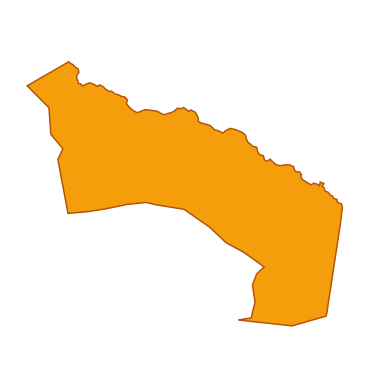 Capitão de Campos, Piauí, Brazil (Mercator projection), rotated 351°
{"feature_id": "56859067B28975219181336", "entity_name": "Capitão de Campos", "entity_type": "district", "adm_level": 2, "iso_a3": "BRA", "parent_name": "Brazil", "parent_adm1": "Piauí", "projection": "mercator", "projection_center": [-41.893, -4.526], "detail": "fine", "context": "isolated", "style": "filled", "palette": "amber", "viewbox_px": 384, "rotation_deg": 351, "n_neighbors": 0, "source": "geoboundaries", "source_scale": "gbopen_adm2", "svg_char_len": 1812}
<svg xmlns="http://www.w3.org/2000/svg" viewBox="0 0 384 384"><g transform="rotate(351 192 192)"><path d="M61.6,112.9L71.3,129.1L64.7,138.7L65.1,158.1L65.9,182.9L66.1,193.7L84.3,195.0L102.7,195.2L116.0,194.6L118.5,194.5L124.8,194.1L144.9,195.1L154.6,199.0L181.5,207.9L191.2,217.3L204.0,229.6L217.9,247.6L233.4,259.4L244.0,269.8L251.5,277.3L243.0,283.1L237.2,293.2L237.0,310.8L230.7,325.6L217.6,325.6L231.7,329.5L269.9,339.9L290.6,337.3L298.5,336.4L305.0,335.6L306.2,332.7L333.2,247.8L338.2,230.5L337.7,227.1L333.9,224.8L334.1,222.1L330.9,220.5L330.1,218.0L327.6,216.2L326.5,213.6L323.3,211.7L323.3,208.8L321.4,206.8L323.6,204.2L320.3,202.3L318.8,205.7L316.3,203.6L313.6,202.3L310.8,203.6L307.8,201.2L303.5,197.5L301.8,194.7L302.8,191.8L301.2,188.9L297.8,188.3L296.6,185.9L296.3,182.9L292.2,180.3L287.2,179.7L283.2,179.9L279.5,178.3L276.5,175.0L274.4,171.8L271.1,173.4L268.6,171.8L268.2,167.5L264.3,165.3L263.1,161.9L262.8,157.8L259.3,156.5L257.4,154.0L254.8,151.3L254.0,147.7L254.0,145.2L252.4,142.5L250.4,140.6L247.3,138.8L243.7,136.7L239.7,135.2L235.4,136.4L231.9,138.7L227.6,135.7L224.2,134.1L222.0,131.5L220.5,129.3L217.0,127.5L212.2,125.5L209.4,123.3L209.8,119.8L207.9,113.9L203.7,110.8L201.2,111.8L199.0,109.2L196.9,107.3L193.9,108.1L190.8,107.0L187.3,109.2L183.9,110.3L180.6,110.6L177.6,111.4L174.4,110.2L171.7,107.8L168.7,106.1L165.8,105.4L162.9,104.4L158.3,103.4L154.5,104.2L150.3,105.1L147.4,103.0L145.0,100.5L143.2,98.2L141.0,94.5L142.7,91.0L140.4,87.6L137.5,86.6L134.6,84.5L131.2,83.1L128.4,79.9L125.8,79.7L123.0,77.1L120.6,74.1L117.7,71.8L115.1,72.9L111.9,70.3L108.2,68.1L105.1,68.7L100.4,70.2L99.2,68.0L96.8,66.8L96.6,64.4L95.9,61.1L96.7,58.4L99.0,56.2L98.8,52.8L96.2,50.3L94.5,47.7L92.3,46.1L90.6,44.1L45.8,61.3L63.9,86.4L61.6,112.9Z" fill="#f59e0b" stroke="#b45309" stroke-width="1.5"/></g></svg>